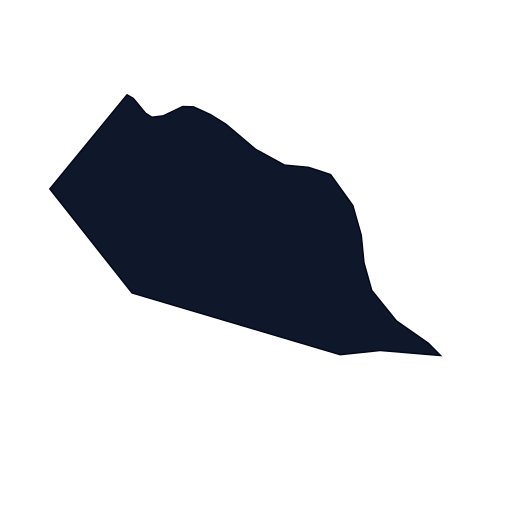 outline of Fa'asaleleaga, rotated 312°
{"feature_id": "WSM-4989", "entity_name": "Fa'asaleleaga", "entity_type": "state/province", "adm_level": 1, "iso_a3": "WSM", "parent_name": "Samoa", "parent_adm1": "", "projection": "albers", "projection_center": [-172.216, -13.68], "detail": "fine", "context": "isolated", "style": "filled", "palette": "ink", "viewbox_px": 512, "rotation_deg": 312, "n_neighbors": 0, "source": "natural_earth", "source_scale": "10m", "svg_char_len": 464}
<svg xmlns="http://www.w3.org/2000/svg" viewBox="0 0 512 512"><g transform="rotate(312 256 256)"><path d="M289.5,52.3L291.0,59.4L288.2,78.4L289.5,85.8L298.1,93.3L318.0,101.5L325.0,109.7L330.6,127.5L333.8,145.5L335.0,184.2L342.6,216.3L357.1,235.8L366.4,257.0L358.3,294.2L341.9,320.3L323.2,340.8L307.9,365.0L301.7,403.8L306.5,442.4L305.5,459.7L268.9,411.5L239.0,384.6L145.6,188.6L167.9,57.9L289.5,52.3Z" fill="#0f172a" stroke="#020617" stroke-width="1.5"/></g></svg>